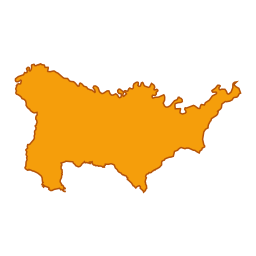 Paicol, Huila, Colombia (Albers equal-area conic projection)
{"feature_id": "7082276B2042357516453", "entity_name": "Paicol", "entity_type": "district", "adm_level": 2, "iso_a3": "COL", "parent_name": "Colombia", "parent_adm1": "Huila", "projection": "albers", "projection_center": [-75.733, 2.405], "detail": "fine", "context": "isolated", "style": "filled", "palette": "amber", "viewbox_px": 256, "rotation_deg": 0, "n_neighbors": 0, "source": "geoboundaries", "source_scale": "gbopen_adm2", "svg_char_len": 5692}
<svg xmlns="http://www.w3.org/2000/svg" viewBox="0 0 256 256"><path d="M158.3,167.8L159.4,167.4L161.6,164.9L161.6,162.5L161.9,161.3L163.3,160.4L164.4,160.1L164.9,159.0L166.1,158.4L169.4,157.2L170.9,157.1L173.3,156.3L174.5,151.4L177.7,150.2L178.3,149.3L180.5,147.7L181.1,147.5L185.0,148.7L186.4,148.1L188.7,148.1L193.3,150.2L195.0,150.4L196.4,151.5L199.2,153.0L200.0,150.9L201.8,149.7L202.2,148.2L204.6,146.9L204.7,146.0L203.8,144.7L202.6,139.3L203.8,131.9L205.5,129.3L208.1,127.8L207.9,127.4L208.5,124.5L210.3,121.1L210.9,120.7L211.5,118.6L216.5,115.4L217.5,114.2L218.2,111.9L217.6,111.3L220.4,109.1L221.4,107.7L221.9,104.0L225.3,101.5L226.5,101.7L229.8,101.1L232.4,99.7L232.8,98.6L233.8,97.6L236.9,97.1L238.3,95.7L238.7,94.5L239.5,93.6L240.6,93.1L238.9,88.4L236.3,86.9L234.4,85.3L234.2,84.6L234.5,83.9L236.6,81.9L234.5,82.3L233.2,83.4L232.9,84.3L232.8,87.6L231.1,92.0L228.8,94.0L228.2,94.1L227.2,93.5L226.4,91.3L224.9,89.3L221.6,89.2L220.5,89.7L219.5,89.6L219.1,89.0L218.9,87.6L220.1,86.3L220.1,85.7L219.0,85.2L217.6,85.3L215.4,88.1L211.9,90.6L211.9,91.0L212.7,92.2L215.9,92.1L216.5,92.4L216.5,93.5L216.0,94.0L212.4,95.9L209.4,100.1L205.4,102.7L204.4,105.0L201.4,104.5L200.9,105.0L200.3,106.4L199.9,108.3L199.4,108.5L198.0,108.3L194.7,105.9L193.5,105.4L186.6,108.0L185.4,107.8L185.0,108.0L184.7,109.2L185.9,111.2L186.0,112.3L185.2,113.2L182.4,114.0L180.4,113.2L180.0,112.6L180.1,111.0L180.6,108.9L180.4,108.6L175.3,108.8L174.9,105.9L175.0,104.1L175.4,103.6L177.9,102.7L180.9,102.4L182.3,101.6L182.2,99.8L181.2,98.5L179.3,97.7L179.1,97.2L178.3,97.3L177.2,99.6L174.5,100.7L170.3,105.7L167.9,107.0L166.2,107.1L165.4,106.7L164.5,105.9L163.2,103.1L164.6,100.1L164.7,97.2L164.4,95.8L163.8,94.8L158.3,97.2L155.1,97.3L153.1,98.1L152.5,97.9L152.0,96.3L152.6,95.3L155.3,95.3L156.3,94.1L156.2,92.4L157.9,90.8L157.7,90.0L156.8,89.3L154.9,89.9L154.1,89.7L154.0,89.0L154.7,87.3L154.5,86.2L153.7,84.9L151.5,83.4L149.6,87.0L148.4,87.4L144.6,86.0L143.8,84.9L143.1,83.0L142.5,82.4L141.4,82.9L140.4,85.9L139.7,86.4L138.8,86.3L137.8,85.3L138.4,84.1L138.2,82.5L137.2,82.1L136.2,82.4L134.0,83.8L133.3,85.5L133.3,87.8L132.5,88.8L131.0,88.7L129.8,88.0L128.8,88.8L127.7,91.1L126.8,91.2L125.6,90.7L124.5,90.9L124.4,91.8L126.4,93.5L126.5,93.9L123.6,96.4L123.1,96.1L122.8,94.9L123.4,93.0L123.3,91.8L119.8,89.1L118.8,89.2L117.7,90.4L117.8,92.0L118.9,93.4L121.1,93.8L121.4,95.6L120.8,97.3L119.5,97.7L118.6,97.1L117.5,95.1L115.8,93.8L113.1,95.1L111.4,95.1L110.0,93.6L108.9,90.9L107.1,90.9L103.4,93.3L102.0,93.6L100.2,92.5L99.3,91.3L98.2,88.0L96.6,86.5L95.2,85.9L93.9,86.1L93.1,87.6L94.8,90.1L95.2,91.9L94.8,92.4L91.7,90.0L90.8,90.0L87.8,88.8L86.5,87.0L83.9,86.2L81.8,83.9L80.4,83.1L79.7,83.4L78.9,86.1L77.8,86.1L75.2,83.0L73.6,81.7L70.6,81.4L69.4,80.8L67.6,78.5L64.2,78.3L63.0,77.6L58.0,73.2L56.2,72.4L54.4,71.1L53.4,71.0L50.2,71.7L48.0,71.5L47.6,71.0L48.3,67.9L48.1,67.3L45.1,67.4L44.3,65.1L41.3,64.5L40.8,63.8L39.0,64.4L38.9,64.8L37.4,64.9L36.0,65.7L34.7,65.6L34.3,64.5L33.9,64.3L31.8,64.9L31.5,65.4L31.6,67.3L31.3,69.1L30.4,70.8L29.6,70.9L29.1,70.5L29.4,68.2L29.1,67.6L28.4,67.3L27.5,67.5L26.5,68.8L27.3,70.9L26.9,72.5L25.8,72.8L24.6,72.5L23.6,74.7L18.3,76.6L15.5,78.8L15.4,80.4L15.7,81.2L16.5,81.7L18.0,81.8L20.7,80.1L21.2,80.5L21.3,81.2L20.6,83.7L19.9,84.0L18.4,83.8L17.1,84.4L17.1,85.3L16.4,85.7L16.6,86.4L15.7,88.9L16.5,91.0L15.9,92.3L15.9,93.2L16.5,94.1L18.3,94.8L20.3,96.2L21.4,97.3L22.0,98.6L24.0,99.3L25.5,100.7L26.2,103.1L26.1,105.4L27.5,107.6L29.1,109.0L29.5,109.0L30.5,110.6L32.6,112.2L34.1,112.9L37.0,112.4L37.2,114.9L36.1,116.1L35.8,117.6L35.8,119.1L36.7,120.3L37.1,122.4L36.3,124.2L36.4,125.0L35.2,125.8L35.4,126.7L36.0,127.5L35.9,129.5L34.6,131.1L34.6,132.9L34.9,133.9L34.2,135.9L34.4,138.1L33.7,139.6L29.8,144.2L29.2,144.5L27.7,144.6L27.3,146.3L27.6,148.1L25.9,149.7L25.9,150.3L26.8,151.7L26.1,154.7L27.2,156.6L26.6,157.8L27.1,159.4L26.1,162.0L25.8,166.3L25.0,167.4L25.3,168.6L27.5,170.2L28.0,169.9L28.7,170.1L28.9,169.6L29.3,169.9L29.6,169.6L33.0,171.1L33.7,171.1L37.8,173.1L41.1,175.8L42.1,177.7L42.4,181.2L42.7,182.1L43.1,182.4L42.4,183.2L42.4,184.0L42.0,184.6L43.3,184.8L43.8,185.3L43.7,185.5L43.1,185.5L42.7,186.1L43.3,186.4L43.5,187.1L44.9,186.2L48.1,187.3L49.2,188.2L48.7,189.0L48.9,189.4L50.5,190.5L52.0,190.5L54.2,189.4L59.6,188.3L60.8,189.8L61.7,189.4L63.5,191.1L64.0,191.4L65.0,191.6L65.1,191.4L63.6,191.1L63.4,189.6L63.5,189.0L65.1,188.7L65.2,188.3L63.7,187.4L63.5,186.3L62.4,185.1L61.6,185.1L61.4,183.9L60.1,181.8L60.3,180.0L61.5,177.6L61.6,175.8L62.2,174.4L61.7,173.6L62.2,172.9L62.0,169.7L61.1,168.9L61.1,166.1L61.5,166.0L61.8,165.1L61.7,164.1L61.1,163.1L65.0,161.8L65.8,161.2L72.7,161.8L73.1,162.2L73.3,163.0L75.1,164.6L75.6,165.6L78.3,166.8L80.0,166.4L81.4,165.0L81.7,164.2L84.5,161.7L84.8,162.6L85.5,162.8L86.2,162.5L88.8,163.1L89.6,163.0L89.9,163.5L90.2,163.5L89.4,162.2L90.0,161.9L91.2,162.2L92.1,161.7L92.3,162.1L91.8,162.7L93.1,164.5L93.9,165.1L94.8,165.0L95.5,165.7L97.8,165.6L98.6,166.2L100.2,166.0L102.0,166.4L102.7,167.1L104.3,167.1L104.0,166.2L105.1,165.5L105.3,164.2L108.4,164.3L111.1,163.7L113.1,164.4L114.3,165.1L115.3,167.9L117.2,169.6L117.9,171.0L119.0,172.1L121.0,173.1L122.1,174.4L122.9,174.9L123.7,174.8L124.2,175.5L125.4,175.6L126.5,176.3L126.8,177.2L127.8,178.0L127.3,178.9L127.4,179.5L128.1,179.8L131.5,183.0L133.2,185.8L133.7,185.8L135.8,188.0L136.8,186.8L138.3,186.0L139.4,185.7L140.4,186.8L140.2,188.2L143.0,190.7L143.6,192.2L145.4,190.5L145.6,189.4L146.7,188.3L146.4,185.4L145.6,184.3L145.6,182.9L145.1,181.9L145.7,179.3L146.4,177.8L145.6,176.7L145.9,175.3L147.1,174.0L148.4,173.6L149.1,172.5L150.0,172.8L151.3,172.4L152.4,171.2L153.8,170.5L154.3,169.8L155.1,170.0L156.1,169.0L157.8,168.4L158.3,167.8Z" fill="#f59e0b" stroke="#b45309" stroke-width="1.5"/></svg>